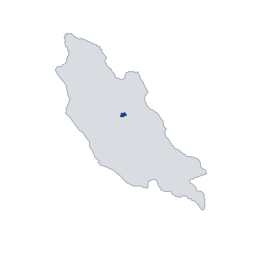 location of To'vshru'ulex, Arhangay, Mongolia, rotated 47°
{"feature_id": "93677404B19526737982487", "entity_name": "To'vshru'ulex", "entity_type": "district", "adm_level": 2, "iso_a3": "MNG", "parent_name": "Mongolia", "parent_adm1": "Arhangay", "projection": "robinson", "projection_center": [102.181, 47.421], "detail": "fine", "context": "in_parent", "style": "filled", "palette": "blue", "viewbox_px": 256, "rotation_deg": 47, "n_neighbors": 0, "source": "geoboundaries", "source_scale": "gbopen_adm2", "svg_char_len": 4028}
<svg xmlns="http://www.w3.org/2000/svg" viewBox="0 0 256 256"><g transform="rotate(47 128 128)"><path d="M17.3,107.6L18.1,107.6L19.4,106.8L19.6,105.7L20.1,105.1L23.1,104.8L24.4,105.1L24.7,104.4L25.0,104.3L25.7,104.9L26.4,104.6L26.9,104.4L27.4,103.6L28.4,103.7L30.2,102.8L30.3,101.2L31.0,100.8L32.6,100.4L32.8,99.7L33.2,99.5L34.3,99.3L36.4,98.5L37.3,98.4L38.1,97.7L40.0,96.8L42.7,96.3L42.9,95.9L45.4,94.4L48.1,94.3L48.8,93.1L49.3,93.0L51.0,94.4L51.8,94.3L52.1,93.7L53.2,93.7L53.6,94.7L54.2,95.2L62.0,95.6L62.2,96.0L62.6,98.4L63.9,99.6L64.3,100.1L66.4,99.9L67.6,100.9L69.5,100.8L70.4,101.1L72.3,100.2L72.7,100.2L73.2,100.7L74.1,100.3L75.8,101.2L77.1,101.0L77.8,101.4L78.5,101.1L80.4,101.3L81.9,102.6L82.9,102.6L84.2,101.7L84.5,101.1L86.3,100.8L87.4,100.2L88.1,99.6L89.1,97.7L89.4,95.8L88.5,95.5L87.7,94.8L87.3,93.8L87.2,93.0L86.4,91.9L86.5,91.4L87.0,90.4L87.3,88.8L87.9,88.0L89.2,87.5L89.3,86.9L90.1,85.7L92.1,85.0L93.2,83.6L93.8,82.3L94.7,83.0L97.2,83.9L99.3,84.4L100.7,85.4L104.4,85.6L110.5,87.9L111.8,87.8L115.4,88.8L115.7,89.1L115.7,90.9L116.0,91.4L116.1,93.2L116.8,94.2L116.6,95.3L116.9,95.7L117.8,95.8L119.3,97.0L122.6,97.8L123.5,98.6L125.8,99.1L126.9,98.8L128.8,99.0L129.5,98.9L130.7,98.0L131.4,97.7L135.7,97.0L136.9,96.4L137.7,96.3L141.0,96.9L143.4,97.7L146.7,97.6L148.3,98.6L149.0,99.6L150.4,100.4L155.1,100.8L155.3,101.0L155.3,103.0L155.5,103.3L158.6,105.6L160.0,106.2L164.3,106.1L170.9,107.5L172.5,107.1L173.9,107.8L174.4,107.8L178.6,105.9L179.3,106.0L183.7,105.3L186.5,104.4L188.6,104.4L190.3,103.6L191.0,102.1L193.7,100.3L198.4,98.0L201.5,98.3L203.3,99.1L205.3,100.8L206.4,101.2L208.4,101.3L211.1,100.2L212.6,100.5L214.0,101.0L215.0,101.8L211.2,110.4L211.1,110.9L209.9,112.7L209.8,115.5L208.1,116.5L208.4,118.2L208.9,118.8L210.9,120.4L211.6,120.2L212.1,119.5L213.1,118.9L215.1,119.1L216.8,118.8L219.0,119.4L221.0,120.7L223.7,117.8L226.3,117.4L228.7,117.8L230.7,119.8L233.0,120.7L233.7,121.8L234.6,122.3L234.9,122.8L237.8,125.1L238.4,126.6L239.3,127.6L239.4,128.7L239.2,129.2L238.2,129.8L234.3,129.5L232.0,128.5L231.2,129.1L228.3,128.8L226.7,129.3L225.6,129.7L225.0,130.4L224.5,130.6L224.0,130.5L223.1,130.0L222.3,130.0L222.1,130.1L221.8,131.9L219.3,131.9L218.4,131.7L216.4,132.5L216.2,133.2L215.1,134.2L214.2,136.0L214.5,136.8L214.2,137.3L212.4,138.3L210.8,139.8L207.2,140.4L205.5,140.5L204.2,140.1L202.9,140.4L202.0,142.0L199.8,144.0L196.4,146.0L190.1,144.8L189.3,144.5L188.0,143.2L184.3,143.2L183.4,144.0L182.5,145.3L181.1,149.3L182.6,151.6L184.4,153.1L185.1,154.2L185.1,155.1L184.0,155.5L182.5,157.0L178.7,158.4L174.6,163.3L167.1,166.3L162.4,166.5L158.7,166.2L148.7,167.6L142.3,170.2L137.5,172.5L136.5,173.5L136.0,173.7L135.1,173.3L132.5,173.2L132.5,171.2L126.9,172.3L122.3,170.1L115.7,168.8L114.4,168.3L112.2,165.8L111.0,165.4L108.1,165.3L100.2,164.2L96.5,165.2L80.4,163.2L74.5,163.8L74.3,163.6L73.9,162.0L71.3,159.5L70.9,158.9L70.8,158.0L68.7,153.0L67.3,152.2L67.5,150.1L65.4,150.3L63.0,149.5L60.6,148.0L59.5,146.9L57.8,146.6L55.8,144.6L54.8,144.2L49.7,143.4L47.1,143.7L44.4,143.2L41.2,143.1L40.2,142.7L39.3,142.7L37.5,141.9L36.3,142.0L35.0,139.2L35.4,137.4L36.1,136.3L37.6,134.8L37.6,134.2L37.1,132.7L38.1,130.1L37.8,128.6L37.1,126.8L36.1,126.3L34.7,123.9L34.3,122.0L33.8,120.7L32.2,119.9L31.8,118.7L31.3,118.7L31.0,119.0L30.0,119.2L29.1,118.5L28.6,117.7L28.1,117.4L27.0,117.5L26.1,117.9L25.1,117.7L24.2,116.9L21.9,115.8L21.9,114.9L21.6,114.3L20.9,114.2L20.3,113.6L18.0,112.9L18.0,112.4L18.7,111.5L17.2,110.8L16.6,110.0L17.6,109.0L17.2,108.3L17.3,107.6Z" fill="#d9dde1" stroke="#a8b0b8" stroke-width="1"/><path d="M114.7,120.4L114.9,120.5L115.2,120.9L115.4,121.4L115.5,121.8L115.0,122.0L114.7,122.0L113.7,122.1L113.5,122.3L113.1,122.8L113.2,123.1L113.3,123.4L113.7,123.7L114.1,124.3L114.5,125.2L114.8,125.3L115.0,125.0L115.0,124.6L115.0,124.2L115.3,124.0L115.9,123.9L116.0,123.9L116.1,123.7L116.3,123.6L116.1,123.3L115.8,122.9L116.6,122.1L116.6,121.6L116.9,120.7L117.0,120.6L116.2,120.4L115.9,120.7L115.6,120.6L115.3,120.3L114.9,120.2L114.7,120.4Z" fill="#3b82f6" stroke="#1e3a8a" stroke-width="1.5"/></g></svg>